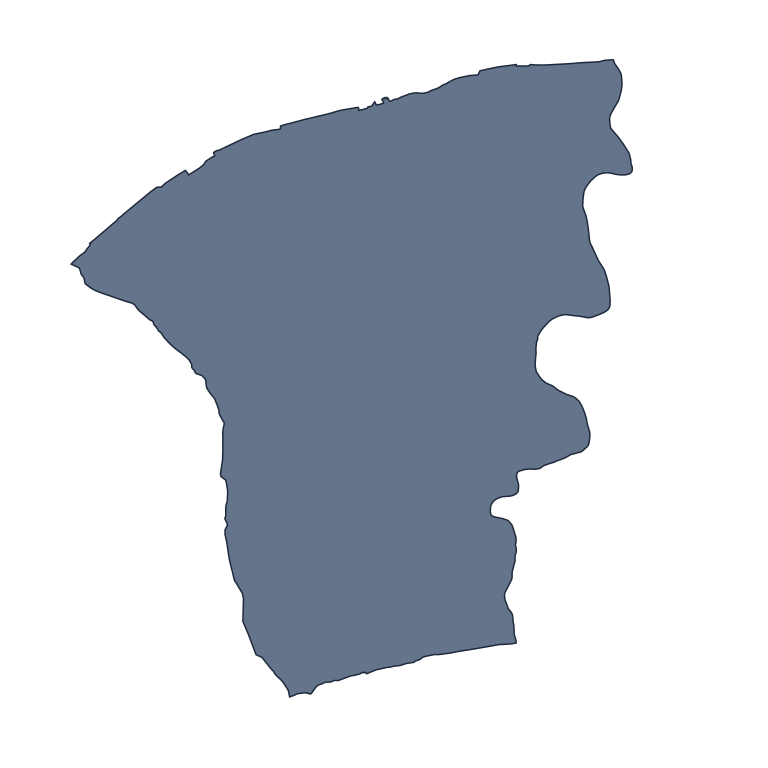 outline of Stanesti, Vâlcea, Romania, rotated 170°
{"feature_id": "2599482B92265495094615", "entity_name": "Stanesti", "entity_type": "district", "adm_level": 2, "iso_a3": "ROU", "parent_name": "Romania", "parent_adm1": "Vâlcea", "projection": "equal_earth", "projection_center": [24.051, 44.813], "detail": "fine", "context": "isolated", "style": "filled", "palette": "slate", "viewbox_px": 768, "rotation_deg": 170, "n_neighbors": 0, "source": "geoboundaries", "source_scale": "gbopen_adm2", "svg_char_len": 6142}
<svg xmlns="http://www.w3.org/2000/svg" viewBox="0 0 768 768"><g transform="rotate(170 384 384)"><path d="M611.5,596.2L613.8,594.7L616.7,593.4L618.0,592.3L619.1,591.1L621.8,589.7L644.0,576.6L649.5,573.6L648.9,572.4L651.1,570.2L653.2,568.5L655.0,566.4L658.5,564.4L661.0,563.3L665.8,560.1L668.2,558.7L671.3,556.4L666.8,553.2L665.1,552.2L664.3,551.4L663.8,550.5L663.6,549.5L663.2,544.8L661.3,541.1L661.0,540.0L661.0,536.6L660.8,535.0L660.5,534.3L657.6,531.1L655.0,528.5L651.8,526.0L646.1,522.5L623.7,510.1L618.1,507.4L615.9,505.4L613.3,500.0L611.6,497.7L605.8,490.8L603.6,487.9L602.0,486.9L600.8,485.9L600.6,485.4L600.3,482.5L598.0,478.8L596.5,475.0L595.1,473.7L594.0,471.6L592.5,468.0L588.8,462.2L586.3,458.7L583.7,455.5L575.3,446.3L572.3,442.5L571.7,441.4L570.1,437.1L570.0,436.5L570.4,433.9L570.2,433.2L570.0,432.6L568.5,430.3L568.0,428.2L567.7,427.4L566.5,426.4L562.4,424.3L561.2,423.1L559.3,419.9L558.9,418.5L559.3,413.3L559.3,411.7L559.2,410.8L558.0,407.6L556.5,404.5L553.9,400.0L553.3,398.6L551.9,391.8L551.2,386.9L551.1,386.1L551.5,384.5L551.1,381.8L549.0,375.7L548.1,373.6L548.3,372.2L550.2,367.9L551.4,363.5L552.1,358.0L553.1,353.9L553.9,347.9L556.2,337.2L560.5,324.4L560.7,323.2L560.7,321.7L560.2,320.8L556.8,317.0L556.5,316.5L556.4,313.5L556.5,306.1L556.7,304.8L558.8,295.5L560.1,293.3L560.9,291.3L561.5,288.8L562.7,281.7L564.1,279.1L563.9,277.9L563.0,274.8L562.7,273.4L562.4,273.0L563.4,271.2L565.8,268.1L566.7,263.4L566.3,255.4L566.7,243.2L566.7,236.6L566.2,228.4L565.9,225.4L565.5,217.8L565.1,215.6L564.1,213.6L559.9,202.6L559.6,197.3L564.2,174.7L561.0,160.8L557.0,139.6L551.7,136.0L544.6,122.9L542.8,120.3L541.8,117.6L540.6,115.4L537.1,110.9L535.1,107.6L533.3,103.2L531.8,99.9L531.4,98.3L531.3,92.2L526.6,93.0L523.6,93.9L521.9,94.0L518.6,93.7L516.8,93.9L513.8,93.1L510.4,91.5L509.7,91.6L509.1,92.0L507.3,93.7L506.7,94.7L505.5,95.3L504.4,97.0L503.1,97.5L502.0,98.5L499.6,99.2L497.2,99.4L495.0,100.2L492.7,100.3L487.7,99.8L486.3,100.3L484.1,100.6L480.4,99.9L468.3,102.2L462.7,102.3L458.1,102.7L454.3,103.9L454.2,103.2L452.4,103.2L451.5,101.7L441.2,103.9L428.9,104.4L427.1,104.0L423.9,104.4L417.4,104.0L414.2,104.3L410.7,104.9L403.4,104.7L402.6,104.8L401.2,105.7L400.3,105.9L398.3,106.1L396.0,106.7L392.9,108.3L389.8,108.6L381.3,108.8L376.9,108.0L365.1,107.5L358.0,107.7L342.7,107.4L315.5,107.4L310.9,106.7L303.0,105.9L298.8,106.0L298.5,108.8L299.2,113.9L299.0,116.7L298.3,121.2L298.0,124.5L298.1,126.1L298.1,128.4L297.7,131.3L297.6,134.6L298.4,137.2L300.2,140.3L300.8,142.0L301.1,144.2L302.3,150.4L302.0,155.2L301.5,156.8L300.9,158.0L299.8,159.2L292.3,169.2L291.4,171.4L290.7,175.3L290.3,177.0L285.6,187.1L285.0,191.2L284.5,192.8L283.6,194.1L282.6,196.8L282.3,199.6L282.6,202.0L282.1,203.8L281.3,205.7L280.7,210.0L281.9,220.1L282.7,223.6L285.6,228.1L290.1,230.7L297.5,233.6L300.1,234.9L301.5,236.9L301.4,240.5L300.3,244.5L299.9,245.6L299.0,247.0L297.4,248.7L296.1,249.8L294.0,250.9L292.7,251.4L289.7,252.1L286.8,252.5L279.9,251.7L276.3,251.9L273.3,252.7L271.5,254.0L270.6,254.9L270.2,255.8L269.1,260.4L269.0,261.8L269.6,269.7L268.7,272.7L268.2,273.4L266.9,274.5L265.5,274.8L260.3,275.4L255.1,275.0L249.7,273.7L246.3,273.7L244.8,274.0L243.6,274.5L241.0,275.8L234.9,276.9L230.6,277.3L228.3,278.0L220.4,279.4L217.7,280.1L212.1,282.1L202.3,282.9L200.9,283.2L194.3,287.3L192.7,289.6L191.8,291.8L190.3,296.8L189.9,299.4L189.8,301.3L190.8,309.8L190.7,314.3L191.0,317.7L191.6,321.7L192.4,325.7L193.5,329.6L194.5,332.2L195.3,333.7L197.9,337.1L199.7,338.7L206.1,342.1L212.6,346.9L214.6,348.7L218.1,352.7L224.2,356.8L227.8,360.9L228.8,362.7L230.1,365.4L231.9,369.9L232.0,374.2L231.6,378.0L228.8,388.4L228.4,391.9L228.1,393.2L226.6,398.4L225.7,400.2L224.8,401.4L224.6,403.7L223.5,405.4L221.1,408.2L218.8,410.5L217.8,411.4L211.9,416.0L209.6,417.5L206.4,419.0L200.0,420.7L196.2,420.9L193.6,420.9L190.5,420.1L187.6,419.1L179.0,416.6L172.0,413.9L169.1,413.6L167.8,413.7L161.1,414.8L155.2,416.2L152.7,417.2L150.7,418.2L149.2,419.6L148.4,420.8L147.8,422.2L146.8,426.9L145.5,440.2L145.5,441.8L146.2,450.8L146.7,454.6L147.3,458.0L148.0,460.1L151.5,468.6L154.8,481.2L156.6,487.5L156.6,490.6L156.0,498.6L155.6,509.3L155.9,514.6L157.3,522.8L157.4,524.7L157.2,526.1L156.6,528.2L156.3,530.2L154.1,537.4L153.3,539.3L152.0,541.4L149.2,544.5L144.6,548.5L140.5,551.2L137.9,552.5L136.4,553.0L132.4,553.6L128.0,553.4L125.5,552.8L117.8,549.7L114.6,548.8L110.4,548.1L107.5,548.1L105.4,548.5L103.7,549.6L103.1,550.1L102.7,550.7L102.1,552.4L101.9,554.3L102.2,556.6L102.5,558.0L102.1,561.6L102.1,563.2L102.3,564.5L102.4,567.8L102.7,569.1L106.5,578.4L110.1,585.9L116.1,596.1L116.4,597.3L116.3,601.7L115.7,606.7L114.2,609.7L112.6,612.0L103.9,622.3L102.3,625.5L99.4,631.7L97.7,637.1L97.3,639.6L96.7,645.6L96.8,648.5L97.5,651.1L98.8,654.4L101.2,659.5L101.9,663.5L109.4,664.4L111.2,664.4L116.5,664.0L132.5,666.0L147.2,667.4L170.8,670.3L180.0,672.0L184.4,673.2L186.4,672.1L198.3,674.1L198.2,675.6L217.0,676.5L235.1,675.8L237.8,672.1L246.4,672.9L256.2,672.6L262.0,671.9L264.0,671.2L267.5,670.2L270.2,669.1L274.3,668.1L279.0,666.2L280.7,665.8L288.0,664.5L288.6,663.9L293.3,663.5L294.6,663.5L297.7,664.0L300.4,664.9L304.7,665.5L305.2,665.3L309.3,665.2L312.0,664.5L316.1,663.9L321.0,662.5L324.9,662.5L327.1,661.7L329.1,661.4L329.7,661.8L330.2,664.4L331.0,665.4L331.6,665.8L332.2,665.4L332.8,664.6L333.4,665.1L333.7,666.0L336.6,664.8L335.7,661.3L335.8,660.6L339.4,660.1L343.1,660.0L344.1,663.5L345.3,662.5L347.0,660.6L347.9,659.8L349.8,659.6L351.3,659.8L351.8,659.6L352.4,658.6L352.8,658.4L355.8,658.2L357.0,657.9L357.9,658.0L361.3,657.8L361.1,660.4L361.6,661.0L378.9,661.1L392.6,659.7L415.2,658.4L437.8,656.5L441.0,656.0L441.3,655.7L441.4,655.2L441.3,654.5L441.4,653.7L441.9,653.3L442.9,653.0L450.5,653.4L457.9,652.8L468.9,652.5L481.6,649.6L505.5,643.0L508.8,642.8L509.8,642.2L510.9,642.0L511.4,641.6L511.7,640.9L511.2,638.2L511.3,637.9L511.6,637.7L513.6,637.4L519.4,635.0L520.7,634.3L521.6,633.5L523.5,631.4L526.5,629.6L528.7,628.5L540.2,623.8L540.8,625.9L541.5,627.2L542.7,628.9L545.3,627.7L550.7,625.7L563.7,620.0L565.4,619.1L567.7,617.5L568.9,616.9L569.7,616.7L572.8,617.2L574.1,617.0L580.3,613.9L611.5,596.2Z" fill="#64748b" stroke="#1e293b" stroke-width="1.5"/></g></svg>